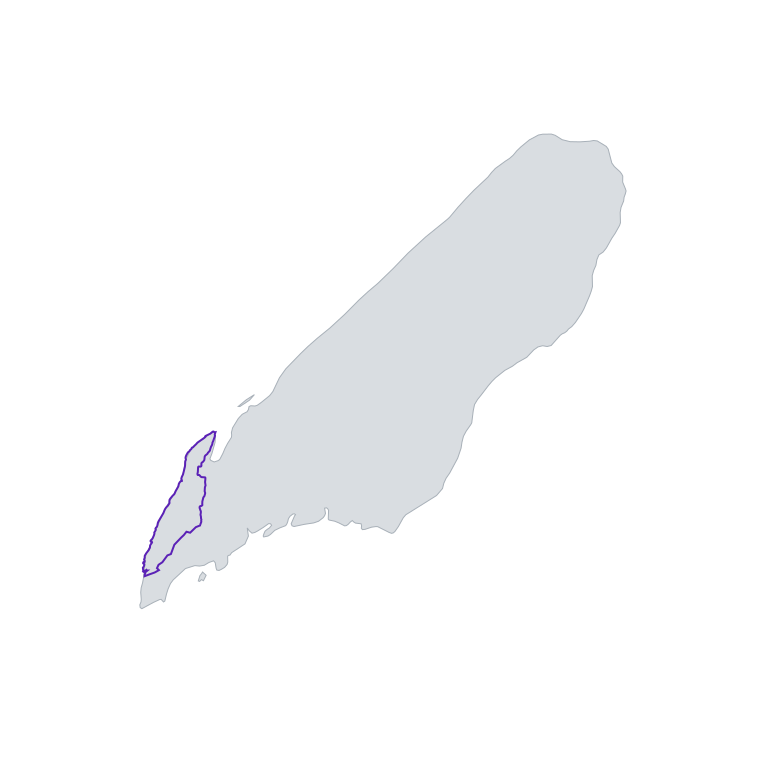 where Sava sits in Madagascar, rotated 213°
{"feature_id": "MDG-5879", "entity_name": "Sava", "entity_type": "Autonomous Province", "adm_level": 1, "iso_a3": "MDG", "parent_name": "Madagascar", "parent_adm1": "", "projection": "equal_earth", "projection_center": [49.879, -14.33], "detail": "fine", "context": "in_parent", "style": "outline", "palette": "violet", "viewbox_px": 768, "rotation_deg": 213, "n_neighbors": 0, "source": "natural_earth", "source_scale": "10m", "svg_char_len": 7023}
<svg xmlns="http://www.w3.org/2000/svg" viewBox="0 0 768 768"><g transform="rotate(213 384 384)"><path d="M476.6,80.7L478.2,85.8L480.2,90.6L486.2,102.3L488.7,106.8L490.9,111.6L492.0,121.2L495.8,136.0L499.4,158.3L500.5,181.2L501.6,191.6L504.4,201.5L508.9,211.7L510.4,223.0L507.6,234.7L503.5,245.7L502.5,247.8L500.6,250.6L499.7,250.5L496.5,247.7L493.9,243.0L490.5,232.1L489.3,226.5L487.9,225.6L484.0,226.1L481.2,229.6L480.7,231.7L481.3,237.9L482.3,243.5L482.8,249.1L482.9,256.2L484.0,258.3L485.5,260.1L487.1,264.8L487.4,275.8L486.4,281.4L483.7,286.2L483.8,288.8L484.9,291.6L483.9,293.2L480.2,295.3L478.7,297.1L476.8,302.0L473.6,311.9L473.1,317.0L475.1,332.4L474.6,343.3L470.5,364.2L468.2,374.1L464.9,385.9L459.9,401.4L454.9,420.9L450.7,441.0L447.6,453.0L444.0,464.9L439.2,485.8L435.1,507.0L429.1,530.2L420.7,556.1L419.8,559.5L418.2,572.7L416.3,584.2L414.1,595.5L409.5,614.2L409.0,619.9L408.0,625.5L403.5,637.2L401.6,641.5L400.3,646.1L399.6,652.0L398.3,657.6L395.0,668.0L390.1,676.9L386.8,680.1L379.6,684.8L375.9,685.8L367.7,685.9L359.9,688.6L351.7,693.7L343.8,699.6L340.8,702.4L337.5,704.0L327.0,704.3L323.9,703.1L313.3,693.4L309.2,691.8L301.5,690.5L299.1,689.6L297.0,688.4L293.8,683.3L287.6,679.0L286.1,677.7L285.1,674.7L284.4,671.5L282.7,668.0L281.4,661.2L279.3,656.4L273.5,648.0L272.8,645.3L272.2,636.4L272.3,630.3L271.6,619.3L272.1,614.0L274.1,609.3L273.2,604.3L270.9,598.9L270.0,593.4L268.4,588.3L262.2,579.2L260.8,574.8L259.7,570.1L257.2,555.6L256.8,550.6L257.0,539.9L257.8,534.4L259.2,530.6L259.5,527.8L260.4,525.3L261.8,523.3L262.7,521.0L264.8,507.3L267.6,504.3L271.8,502.5L275.1,498.9L277.0,494.1L278.8,484.2L284.0,474.3L285.9,469.0L290.1,461.2L293.8,450.1L294.9,444.9L295.6,439.5L296.5,427.8L297.1,421.9L296.9,416.1L294.6,410.2L289.3,399.3L289.1,397.3L289.4,389.2L288.9,383.4L286.9,377.6L284.4,372.1L281.8,361.9L280.4,345.0L280.6,338.8L279.8,333.4L278.0,328.2L279.2,319.1L294.5,286.2L295.0,282.3L294.3,272.2L294.5,266.4L295.1,264.2L296.3,262.9L298.9,262.3L311.7,260.9L313.3,259.9L316.5,257.1L320.8,251.7L322.8,250.1L324.5,250.7L325.6,253.0L327.1,254.3L332.2,251.8L334.2,251.8L336.2,252.2L337.1,249.9L337.6,246.9L338.4,244.8L339.7,243.6L346.4,242.9L350.6,242.1L356.0,240.0L357.2,240.4L361.7,247.9L363.0,248.6L364.7,248.9L366.2,247.5L362.6,243.6L362.1,241.3L362.2,238.8L364.1,233.3L367.3,229.2L374.4,222.9L381.8,215.5L383.9,215.0L385.7,216.2L387.2,224.8L387.0,226.2L388.2,226.4L389.6,225.4L390.8,221.9L390.8,219.0L389.8,216.2L389.3,213.9L389.3,211.7L393.0,206.6L395.9,201.8L397.3,195.9L398.5,193.3L401.6,190.2L402.5,190.7L403.2,193.2L403.6,195.8L402.8,198.4L401.7,200.9L401.3,204.3L403.0,205.0L404.7,204.1L407.1,198.0L409.8,192.2L411.5,189.1L413.5,187.0L417.0,187.5L420.3,188.8L414.9,182.6L413.5,174.2L419.9,159.6L420.0,156.6L420.9,155.7L421.4,154.5L418.0,149.5L417.3,147.1L417.8,143.4L419.4,140.1L420.8,137.8L422.9,136.9L424.6,138.2L428.2,142.2L430.6,142.9L433.6,139.0L436.0,134.1L439.6,130.8L443.7,128.7L450.0,121.1L454.1,105.0L454.4,100.4L453.5,94.7L452.0,89.3L449.6,82.6L450.2,81.1L453.6,82.0L454.8,81.0L458.5,75.1L464.7,63.7L466.7,63.7L468.5,65.8L469.1,68.9L470.3,71.2L474.5,76.7L476.6,80.7ZM433.7,125.7L433.8,127.5L429.0,126.7L428.3,120.7L430.6,120.5L431.1,118.0L432.5,117.7L434.0,123.1L433.7,125.7ZM490.9,295.8L486.9,304.5L488.0,297.2L492.6,286.6L494.0,285.8L490.9,295.8Z" fill="#d9dde1" stroke="#a8b0b8" stroke-width="1"/><path d="M480.1,92.4L480.7,93.4L481.0,94.2L481.1,94.9L481.4,95.9L481.5,96.4L481.4,97.0L481.0,98.1L480.8,98.7L481.1,98.5L481.4,98.4L481.7,98.5L482.0,98.7L482.2,98.2L482.5,97.8L482.7,97.3L482.8,96.0L483.1,95.6L483.5,95.5L484.0,95.7L483.8,96.2L483.7,96.4L484.2,96.6L484.7,96.9L485.1,97.3L486.0,98.4L486.2,98.7L486.0,99.9L486.1,100.4L486.5,101.7L486.9,102.2L487.3,102.4L487.8,102.3L488.3,102.4L488.6,102.8L488.7,103.7L488.4,104.0L488.0,104.1L487.9,104.5L488.4,105.3L488.9,105.7L489.4,105.9L489.7,106.3L489.9,107.3L490.1,108.0L490.9,109.3L491.1,109.8L491.2,112.4L490.9,116.3L490.9,117.0L491.1,118.0L491.1,118.7L491.2,119.3L492.2,121.2L492.3,122.1L492.2,124.1L492.3,124.9L492.8,125.2L493.3,125.1L493.7,124.8L494.0,124.9L494.4,125.5L494.3,126.4L494.0,128.0L494.1,129.3L494.6,132.1L495.0,133.4L495.2,133.7L495.6,134.1L495.8,134.4L495.8,134.8L495.8,135.7L495.8,136.1L495.9,137.1L496.0,137.4L496.1,137.6L496.4,137.7L496.5,137.8L496.8,138.0L496.8,138.3L496.9,138.6L497.0,139.1L496.7,140.7L496.9,141.5L497.1,142.1L498.0,144.3L498.3,145.9L498.7,155.5L499.4,159.1L499.5,160.5L499.4,162.2L499.1,163.6L499.0,164.4L499.0,166.1L499.0,167.1L499.3,167.7L500.2,168.8L500.8,170.2L500.8,171.6L500.4,175.3L500.0,176.8L499.9,177.5L500.0,178.4L500.4,180.7L500.7,186.0L501.7,188.6L501.8,190.4L501.5,191.9L500.7,192.5L501.0,193.1L501.9,193.7L502.4,194.2L502.6,194.8L502.9,195.6L503.3,198.7L505.9,206.1L506.5,207.4L508.2,210.2L508.6,211.0L508.9,212.6L509.3,213.1L509.7,213.4L510.2,213.9L510.7,215.1L511.0,216.6L511.2,219.7L511.1,220.0L510.9,220.8L510.6,221.5L510.6,221.8L510.6,222.2L510.7,222.7L510.6,223.0L510.3,224.1L510.2,224.6L510.3,225.1L510.4,225.5L510.4,225.8L510.3,226.2L509.8,226.8L509.7,227.1L509.4,228.8L508.8,231.2L508.7,232.1L508.5,233.3L505.3,241.2L505.0,242.6L505.4,242.8L505.2,243.5L502.6,247.8L501.8,250.5L501.4,251.1L500.8,251.3L500.2,251.2L499.7,251.2L499.1,251.8L498.4,249.4L497.8,248.7L497.7,248.7L497.5,248.4L496.1,242.8L496.0,241.9L496.0,241.6L495.8,241.2L495.5,240.6L495.3,240.1L495.1,239.4L495.0,238.7L494.9,237.2L494.4,235.2L493.8,233.4L493.8,233.0L493.8,232.7L494.1,230.9L494.2,230.6L494.1,229.4L494.1,229.1L494.2,228.8L494.9,226.7L494.9,226.4L494.9,226.1L494.9,225.9L494.8,225.4L493.5,222.8L493.3,222.3L493.3,222.1L493.3,221.8L493.3,221.2L493.5,220.1L493.5,219.8L493.9,219.0L494.0,218.8L494.0,218.5L493.9,218.0L493.6,217.4L492.8,216.3L492.6,215.8L492.5,215.4L492.8,215.0L492.9,214.9L493.0,214.7L494.2,214.0L494.3,213.9L494.5,213.8L494.6,213.6L494.6,213.4L494.6,213.1L494.5,212.8L492.2,208.8L491.5,207.0L491.2,206.7L490.9,206.4L490.7,206.3L490.4,206.4L490.2,206.5L489.6,206.9L489.4,207.0L489.0,207.0L487.3,206.5L486.7,206.5L486.4,206.5L486.2,206.6L483.3,208.2L483.1,208.2L482.7,208.0L482.3,207.4L481.5,206.0L481.2,205.3L480.5,204.1L478.4,201.7L478.0,200.0L477.7,199.4L476.0,196.4L475.7,196.1L475.4,195.9L475.0,195.6L474.6,195.1L474.4,194.8L474.3,194.5L473.6,192.2L473.6,191.9L473.6,191.7L473.7,191.2L473.7,190.9L473.7,190.7L473.7,190.4L472.4,186.6L472.1,186.1L471.8,185.6L471.1,184.4L470.5,183.7L470.4,183.5L470.4,183.2L470.5,182.9L470.7,182.5L470.8,182.3L471.0,182.0L471.5,181.6L471.6,181.4L471.7,181.1L471.7,180.6L471.6,180.4L471.5,180.1L470.9,179.5L470.8,179.3L470.3,179.0L470.1,178.9L469.7,178.4L469.2,178.1L468.8,177.9L468.7,177.8L467.9,177.0L467.3,175.8L466.8,174.7L466.7,174.4L465.5,173.3L464.2,171.6L463.2,170.7L463.1,170.3L462.9,169.8L462.7,169.5L462.4,169.2L462.2,169.0L462.1,168.7L461.7,166.8L461.4,166.0L461.2,165.8L461.0,165.7L460.8,165.8L463.8,161.5L465.6,153.7L469.2,152.5L469.6,148.3L470.5,144.6L472.3,135.0L470.1,125.3L472.3,122.3L472.8,113.8L474.6,109.6L474.1,105.9L471.4,105.3L473.6,101.1L476.8,96.9L480.1,92.4Z" fill="none" stroke="#5b21b6" stroke-width="2"/></g></svg>